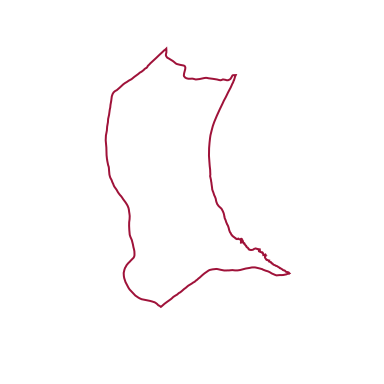 outline of Al Ghaydhah, Al Mahrah, Yemen, rotated 316°
{"feature_id": "15242507B66245697923351", "entity_name": "Al Ghaydhah", "entity_type": "district", "adm_level": 2, "iso_a3": "YEM", "parent_name": "Yemen", "parent_adm1": "Al Mahrah", "projection": "orthographic", "projection_center": [52.126, 16.264], "detail": "fine", "context": "isolated", "style": "outline", "palette": "rose", "viewbox_px": 384, "rotation_deg": 316, "n_neighbors": 0, "source": "geoboundaries", "source_scale": "gbopen_adm2", "svg_char_len": 5997}
<svg xmlns="http://www.w3.org/2000/svg" viewBox="0 0 384 384"><g transform="rotate(316 192 192)"><path d="M143.9,123.5L143.2,124.9L142.8,126.3L142.5,127.4L141.4,129.9L141.0,131.3L140.6,132.1L139.9,134.0L139.3,138.0L138.6,140.6L138.3,142.4L138.1,144.4L138.1,145.8L137.8,147.8L137.5,149.2L137.0,153.2L136.5,155.7L136.1,157.2L135.2,159.4L134.9,159.9L134.2,161.0L133.0,162.6L131.8,164.3L130.5,166.0L128.2,168.2L125.8,170.1L123.3,172.6L120.4,175.9L117.5,179.5L116.6,181.3L115.3,184.8L113.0,188.8L111.6,190.9L110.3,193.2L109.3,194.7L107.6,196.6L106.6,197.6L105.5,198.3L104.3,198.7L99.9,198.8L99.3,198.9L96.7,198.9L94.1,199.2L92.3,199.8L91.1,200.1L89.3,201.0L86.6,202.8L84.6,205.1L83.4,206.9L81.6,210.6L79.8,216.7L79.4,218.8L79.3,227.1L80.1,230.9L80.5,232.2L81.0,233.4L81.2,234.0L86.1,241.1L87.4,243.3L88.0,244.5L88.4,245.1L88.6,245.7L88.9,247.0L89.1,248.2L89.1,250.2L89.6,251.4L89.8,253.0L90.6,253.1L94.6,253.3L98.4,253.8L98.9,253.9L102.3,254.4L103.6,254.5L105.7,254.5L108.2,255.0L110.2,255.5L111.4,255.5L112.6,255.6L113.8,256.0L116.3,256.2L118.9,256.3L120.9,256.6L123.0,256.7L124.3,256.8L128.2,257.7L130.2,258.0L131.4,258.4L133.9,258.5L134.6,258.7L136.7,258.7L137.9,258.9L141.8,259.0L144.4,259.2L149.4,260.0L150.6,260.4L153.0,261.9L156.1,264.3L156.9,265.3L158.6,267.9L160.7,270.9L164.3,274.2L166.8,276.2L168.5,278.3L170.4,280.1L172.5,281.6L177.5,284.4L180.5,286.5L182.6,287.8L184.1,289.2L185.0,290.1L185.7,291.1L187.8,294.4L189.0,296.5L189.1,297.1L190.3,299.7L191.5,301.8L192.2,303.6L192.8,306.0L194.3,309.6L194.9,310.7L195.9,311.5L197.4,312.7L198.7,314.0L200.0,315.1L200.5,315.4L201.1,315.8L202.7,316.8L203.8,317.2L205.0,318.1L205.2,317.9L205.6,318.1L205.6,316.9L204.8,315.6L204.2,314.7L204.1,314.3L204.2,313.3L204.0,312.6L203.8,312.3L203.5,312.0L203.2,311.3L203.3,310.7L203.1,310.1L202.8,308.9L202.5,307.7L202.3,307.6L202.4,307.2L201.9,305.6L201.8,304.9L201.5,304.0L201.0,303.3L201.0,302.8L200.1,300.8L200.2,299.3L199.9,299.1L199.8,298.8L200.0,297.6L200.0,297.3L199.7,297.2L199.6,296.3L199.1,295.5L199.2,295.2L199.7,295.1L199.8,295.0L199.5,294.8L199.3,294.4L199.4,294.1L199.2,293.6L199.1,293.3L198.9,293.3L198.7,293.1L198.5,292.6L198.5,292.1L198.7,291.4L198.7,290.8L199.1,289.6L199.6,289.1L200.0,289.1L199.8,288.9L200.0,288.6L200.4,288.7L200.5,288.5L201.1,288.5L201.4,288.2L201.4,287.9L200.9,287.8L200.7,287.9L200.3,287.9L200.2,287.7L200.0,287.2L199.7,287.0L200.0,286.8L199.8,286.5L200.2,285.7L200.4,285.6L200.5,285.4L200.7,284.8L200.7,284.6L200.7,284.4L200.2,284.3L200.1,284.2L200.1,283.6L200.0,283.3L199.9,283.2L199.8,282.6L199.5,282.5L199.5,282.2L199.3,281.9L199.0,281.2L199.2,280.8L199.4,280.6L199.8,280.4L200.0,280.6L200.3,280.4L200.4,280.5L200.1,280.9L200.4,280.7L200.8,280.8L201.0,280.7L201.3,281.1L201.1,280.7L201.0,280.4L200.7,280.3L200.5,279.9L200.0,279.7L199.9,278.9L199.4,278.5L199.4,278.2L198.9,277.6L198.7,276.9L197.2,276.1L196.3,276.0L195.6,275.8L194.1,274.7L193.6,273.9L193.1,273.3L193.1,272.9L193.2,272.7L193.1,272.3L193.3,272.1L193.3,271.3L193.4,271.0L193.4,270.6L193.3,270.2L193.1,270.0L193.1,269.4L193.3,268.5L193.6,268.3L193.6,268.1L193.5,267.8L193.5,267.5L193.5,266.9L193.5,266.6L193.7,266.1L193.8,265.6L193.6,265.5L193.5,265.3L193.6,265.1L194.0,265.1L194.0,264.9L193.7,264.6L193.6,264.3L193.8,264.1L193.7,263.7L193.9,263.4L194.2,263.0L194.5,262.8L194.5,262.6L194.6,262.0L194.8,261.7L194.8,261.3L194.9,261.0L194.7,260.8L194.9,260.5L194.8,260.4L194.5,260.3L193.6,260.6L193.3,261.5L192.0,262.7L191.9,262.7L191.6,263.1L191.8,262.6L193.2,261.4L193.6,260.5L194.2,260.2L195.0,260.1L194.9,259.8L193.8,259.5L193.6,259.4L193.0,258.5L193.0,257.7L192.9,257.6L192.3,257.6L191.7,257.2L191.4,256.8L191.2,256.3L191.3,255.5L191.1,255.3L191.2,255.0L191.0,254.4L190.9,253.4L190.7,253.1L190.8,252.5L190.6,251.8L190.6,251.2L190.8,250.7L190.7,250.0L191.3,248.4L191.3,247.6L192.0,245.9L192.3,245.3L192.4,245.0L192.5,244.9L193.4,243.4L193.5,243.1L193.8,242.6L194.6,240.8L194.6,240.5L194.7,240.1L194.8,239.6L195.0,239.3L195.6,237.6L196.7,235.4L196.8,235.0L197.5,233.2L198.3,232.2L198.4,231.8L198.7,231.5L199.8,229.7L200.2,228.9L200.4,228.3L200.8,227.5L201.0,226.5L201.3,225.7L201.6,224.4L201.4,220.8L201.5,219.8L201.6,219.5L201.7,218.4L202.6,216.2L203.2,215.1L204.4,213.3L205.4,211.0L205.6,210.1L207.2,206.8L207.6,205.7L207.9,205.2L208.2,204.4L209.6,202.6L211.7,199.7L212.5,198.7L212.9,198.0L214.1,196.4L216.1,193.1L217.2,192.3L218.7,190.6L220.5,188.6L222.8,185.6L225.7,182.1L229.4,177.7L234.8,172.3L239.0,168.6L242.5,165.7L244.7,164.0L249.0,161.3L252.8,159.0L256.6,157.1L262.6,154.5L269.2,151.9L275.4,149.6L278.2,148.5L282.3,147.2L287.2,145.4L292.4,143.7L294.9,142.7L295.6,142.4L296.3,142.1L297.5,141.8L299.6,140.7L299.8,140.8L302.5,139.3L303.0,138.9L303.9,138.6L304.0,138.6L304.7,138.3L302.8,136.6L302.2,136.3L301.6,136.4L299.8,137.0L298.0,137.4L296.8,137.1L295.7,136.7L295.1,136.2L294.6,135.7L294.0,134.6L292.7,132.8L292.3,132.4L291.1,132.0L290.1,131.4L289.3,130.3L288.2,128.5L285.8,125.3L283.0,121.8L281.9,120.2L281.0,119.3L279.9,118.5L275.9,116.0L272.9,113.7L271.2,110.9L270.7,110.4L269.4,109.3L268.5,108.4L268.0,107.9L267.0,106.3L266.6,105.1L266.6,104.3L266.7,103.1L267.2,102.4L268.7,101.2L272.6,98.8L273.6,97.9L273.9,97.4L274.2,96.6L274.1,95.9L273.9,95.3L271.8,92.3L270.5,90.2L269.8,89.0L269.6,87.8L269.4,85.7L269.2,84.4L268.0,79.7L267.6,78.5L267.5,77.9L267.8,76.4L268.0,75.8L268.8,74.9L270.5,73.8L272.0,72.3L273.1,71.0L271.2,71.0L270.6,70.8L268.4,70.8L263.7,70.7L259.4,70.7L251.1,70.5L250.4,70.6L247.8,70.6L246.7,71.0L245.9,71.1L245.3,71.1L244.7,70.8L243.3,70.6L242.0,70.7L239.2,70.4L237.4,69.9L235.4,69.8L230.4,69.1L227.7,68.9L226.8,68.8L224.0,68.0L221.6,67.6L219.5,67.1L217.4,66.8L212.6,66.7L208.7,66.5L206.9,66.0L206.1,65.9L204.7,65.9L202.9,66.4L201.7,67.0L200.6,67.6L197.1,70.4L193.9,72.7L191.9,74.4L190.1,75.6L185.9,78.9L182.4,81.2L180.0,83.4L176.4,86.0L173.4,88.7L169.4,91.5L165.9,94.8L165.4,95.4L161.3,100.5L156.1,106.2L153.6,109.4L153.3,110.0L152.9,110.4L150.4,114.3L149.6,116.0L148.8,117.1L147.2,119.0L144.7,122.1L143.9,123.5Z" fill="none" stroke="#9f1239" stroke-width="2"/></g></svg>